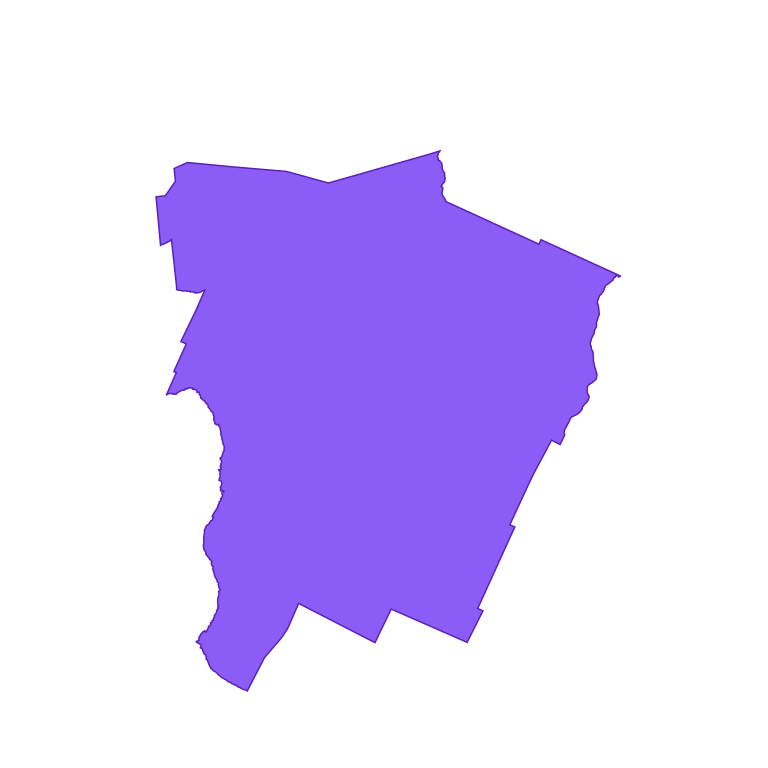 outline of Pergamino, Buenos Aires, Argentina, rotated 252°
{"feature_id": "61730980B1305894445547", "entity_name": "Pergamino", "entity_type": "district", "adm_level": 2, "iso_a3": "ARG", "parent_name": "Argentina", "parent_adm1": "Buenos Aires", "projection": "orthographic", "projection_center": [-60.595, -33.858], "detail": "fine", "context": "isolated", "style": "filled", "palette": "violet", "viewbox_px": 768, "rotation_deg": 252, "n_neighbors": 0, "source": "geoboundaries", "source_scale": "gbopen_adm2", "svg_char_len": 6171}
<svg xmlns="http://www.w3.org/2000/svg" viewBox="0 0 768 768"><g transform="rotate(252 384 384)"><path d="M440.5,173.4L441.1,174.4L441.1,175.3L441.4,176.1L441.3,176.9L440.8,178.6L439.7,179.9L439.6,180.2L439.9,180.6L439.8,181.2L438.8,181.9L438.5,183.2L439.7,185.1L439.7,186.0L440.5,189.4L439.8,192.4L441.1,193.6L441.0,194.3L440.5,194.4L440.1,194.9L440.1,195.4L440.7,196.6L440.7,197.3L439.8,199.0L439.7,199.6L439.3,200.5L439.0,200.6L438.2,200.4L437.9,200.6L437.6,201.9L437.0,202.9L435.2,203.8L433.7,203.6L433.5,205.4L432.9,205.6L431.0,205.1L430.4,205.8L427.3,205.4L427.1,205.8L425.1,206.6L423.2,208.1L421.1,208.6L420.3,209.3L419.4,209.3L419.0,210.0L418.6,210.2L417.3,209.8L416.0,209.7L413.9,210.9L412.2,210.9L409.7,212.3L406.1,212.1L405.3,212.4L403.9,211.3L403.4,211.1L402.2,211.0L400.7,211.3L399.2,211.0L398.8,211.3L398.5,211.1L398.0,211.6L397.5,211.6L396.6,212.7L396.7,213.6L396.5,214.2L396.2,214.4L394.7,213.9L393.7,214.6L392.9,214.7L391.5,214.1L391.0,214.3L390.0,214.3L388.6,213.9L387.7,214.0L387.5,213.6L385.6,213.1L383.5,213.3L381.9,212.8L378.4,212.8L376.5,212.3L375.9,212.6L374.0,212.7L373.0,212.5L372.1,211.9L371.1,211.8L370.0,211.3L369.8,210.9L368.4,209.6L364.8,207.2L364.5,206.7L364.4,205.5L363.9,205.2L363.1,205.0L362.1,205.6L361.0,205.6L359.6,205.3L358.4,204.2L357.3,204.1L357.0,203.3L356.2,202.8L355.7,202.8L355.1,203.4L354.5,202.8L353.7,202.9L353.1,202.5L353.0,202.1L353.6,201.1L353.7,200.6L353.6,200.2L352.4,200.4L351.9,201.0L351.1,201.0L349.8,200.4L349.2,199.9L348.1,200.3L343.4,197.3L342.5,198.2L342.2,198.8L341.7,199.1L340.3,199.3L338.7,198.7L337.8,198.1L337.2,197.2L336.3,196.4L335.2,196.7L334.1,195.9L333.1,195.6L332.6,195.8L332.3,196.4L332.4,197.8L332.1,198.2L331.3,198.6L330.9,198.1L330.6,196.3L330.1,196.0L328.1,196.1L327.1,195.5L325.4,194.1L325.2,193.6L325.5,193.3L325.4,193.1L324.9,193.0L324.8,193.4L323.7,192.5L322.9,191.4L322.9,190.8L321.5,190.5L320.3,188.9L319.2,188.5L318.9,187.8L318.4,187.8L318.2,187.9L317.9,187.7L316.8,185.8L315.8,185.2L314.8,183.5L314.3,182.8L313.9,182.7L312.5,180.8L311.5,180.2L311.1,179.7L310.2,180.4L309.6,180.4L309.3,179.8L307.6,178.5L307.4,178.1L307.5,177.2L307.1,177.0L306.6,176.3L306.1,175.1L305.1,174.5L304.1,171.4L303.0,170.1L302.0,169.5L300.1,167.8L298.6,167.6L294.6,165.5L292.0,164.7L291.6,164.4L291.0,164.4L289.6,163.8L288.8,163.7L287.1,162.6L285.0,162.0L283.8,162.1L282.5,161.5L281.2,162.1L279.6,162.2L278.8,162.6L277.9,162.1L276.6,162.1L275.8,162.4L275.6,162.8L274.4,163.0L272.5,163.8L270.7,164.0L270.0,165.2L269.5,165.4L269.0,165.1L267.3,165.0L267.2,164.5L266.8,164.3L265.8,164.5L264.6,164.2L263.0,165.0L261.7,164.4L259.6,163.7L257.7,164.2L257.1,163.9L255.2,163.9L254.6,163.6L251.7,163.8L250.4,164.5L248.7,164.5L247.6,164.2L246.9,164.8L246.0,165.0L245.4,165.0L244.3,164.4L242.6,164.4L241.5,164.1L239.1,164.6L237.7,162.5L235.2,162.4L233.8,161.2L230.2,159.1L229.4,159.1L228.5,158.5L225.2,157.9L223.9,157.4L223.6,157.7L223.2,157.4L223.2,157.1L222.8,156.9L222.4,157.4L222.1,157.4L221.3,155.8L218.0,153.6L216.3,151.2L214.8,150.4L213.1,149.0L212.2,148.8L212.2,147.4L212.0,147.2L210.9,147.1L210.6,146.3L210.6,145.4L210.2,145.1L209.2,145.1L207.7,143.6L207.9,142.9L207.6,142.3L205.7,141.0L204.1,139.1L203.1,138.3L203.3,137.8L203.7,137.5L204.2,137.5L204.7,137.0L204.2,135.1L202.4,132.0L201.1,131.2L201.0,130.5L200.6,130.1L199.9,129.8L199.6,129.3L199.1,129.1L197.7,129.2L197.4,129.0L197.2,128.2L197.3,126.7L196.9,125.8L195.7,126.3L194.4,127.9L192.7,129.0L191.9,129.3L190.8,129.1L190.4,128.0L189.7,127.8L188.9,129.0L186.7,129.5L186.2,129.2L185.7,129.2L184.2,129.8L183.8,129.3L183.0,129.5L181.3,130.6L179.9,130.5L179.4,130.8L178.7,130.3L177.2,129.9L177.1,130.3L176.6,130.6L170.7,130.9L166.8,131.6L166.0,132.4L164.8,132.7L163.4,133.7L163.0,134.2L161.1,135.6L158.7,136.5L157.5,137.5L155.1,138.8L151.2,142.6L150.0,143.1L149.1,144.2L148.3,144.5L147.7,145.6L146.1,146.7L143.7,149.5L142.5,150.4L141.9,151.5L140.9,151.7L140.2,152.8L137.7,155.0L136.4,157.0L134.3,159.3L134.7,159.5L160.7,185.8L174.6,208.6L181.3,216.9L201.7,235.0L140.8,295.5L167.7,321.3L112.6,383.2L137.7,408.0L141.6,403.8L207.6,464.2L211.2,460.2L243.0,489.6L252.4,498.6L278.8,526.0L272.0,532.8L279.8,540.2L281.4,540.0L282.5,540.3L284.7,541.7L290.7,548.1L293.7,550.7L294.5,551.7L295.5,558.1L296.4,560.9L298.6,564.4L300.5,565.5L301.2,566.3L303.2,569.2L303.7,570.2L303.7,570.9L306.1,573.6L306.9,574.3L309.2,575.4L311.0,574.8L312.7,574.6L315.8,575.4L318.2,576.4L319.5,577.6L320.3,579.4L320.9,582.2L321.9,584.8L322.4,585.5L322.6,586.7L323.4,587.5L325.8,588.9L328.0,589.6L328.8,589.5L330.0,589.7L330.5,589.3L332.6,589.8L335.0,589.7L341.7,590.4L346.2,591.9L347.8,591.9L349.7,592.7L353.1,592.1L356.4,592.7L357.5,592.4L359.2,592.8L361.8,594.7L362.8,595.1L366.9,599.2L370.6,601.2L371.6,602.6L373.0,603.9L374.5,604.5L375.9,604.5L377.9,605.9L378.5,606.1L379.2,606.9L380.2,607.4L383.8,610.3L391.0,611.9L394.9,612.0L396.9,612.6L399.2,614.6L401.3,616.1L401.9,617.2L402.1,618.3L403.7,620.0L404.3,621.3L408.8,624.7L409.4,625.7L410.1,628.9L411.5,631.9L411.9,633.7L412.8,634.3L413.3,635.2L414.1,635.4L414.3,636.0L414.2,637.0L415.1,637.7L414.9,639.0L415.0,639.6L414.7,640.1L413.2,640.3L413.2,641.3L413.6,642.2L472.7,577.9L469.1,574.6L538.3,499.3L540.8,499.2L546.0,497.8L548.2,498.4L552.0,500.5L552.7,500.5L553.6,500.1L554.0,499.5L554.7,499.5L555.7,501.1L557.1,502.7L557.0,503.2L557.8,504.3L558.9,504.6L559.4,505.1L560.2,505.2L561.4,505.9L562.2,505.7L566.3,506.9L568.2,505.9L570.2,506.1L571.0,505.8L571.8,506.3L573.3,506.7L574.8,506.7L576.1,507.2L578.5,505.9L579.0,506.1L579.9,505.0L580.4,504.9L581.3,505.3L583.8,505.1L586.8,507.1L588.4,509.2L588.5,498.8L592.3,393.3L616.3,356.9L636.6,308.8L655.4,265.4L653.8,251.0L641.3,248.3L630.6,234.2L632.5,225.1L584.9,214.3L585.4,215.8L585.1,217.4L585.8,222.1L586.1,223.1L586.0,224.0L586.2,225.0L586.8,225.7L587.0,226.5L542.0,217.1L537.8,216.0L536.7,217.6L536.5,218.7L534.8,221.0L534.7,221.9L534.2,222.4L534.4,223.2L533.0,225.4L532.9,226.7L532.3,227.2L532.2,227.7L531.2,228.5L531.5,229.2L531.4,229.6L529.7,232.1L528.9,232.5L528.6,232.9L528.8,233.8L528.2,235.7L528.0,238.0L528.6,239.8L528.8,241.0L528.7,242.6L513.3,229.0L487.2,204.0L483.2,208.3L460.8,188.0L459.0,190.0L440.5,173.4Z" fill="#8b5cf6" stroke="#5b21b6" stroke-width="1.5"/></g></svg>